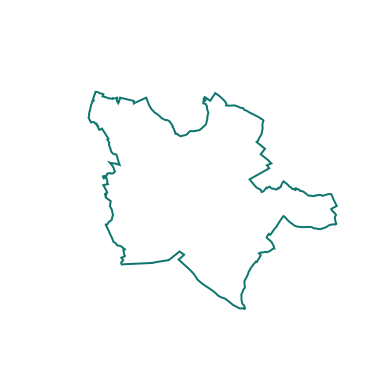 outline of Cehu Silvaniei, Salaj, Romania, rotated 215°
{"feature_id": "2599482B99939259002313", "entity_name": "Cehu Silvaniei", "entity_type": "district", "adm_level": 2, "iso_a3": "ROU", "parent_name": "Romania", "parent_adm1": "Salaj", "projection": "equal_earth", "projection_center": [23.166, 47.411], "detail": "fine", "context": "isolated", "style": "outline", "palette": "teal", "viewbox_px": 384, "rotation_deg": 215, "n_neighbors": 0, "source": "geoboundaries", "source_scale": "gbopen_adm2", "svg_char_len": 6023}
<svg xmlns="http://www.w3.org/2000/svg" viewBox="0 0 384 384"><g transform="rotate(215 192 192)"><path d="M283.6,243.0L289.8,232.5L290.4,231.2L292.0,233.2L301.9,229.3L302.6,229.0L303.0,228.6L305.0,228.1L304.9,227.3L304.2,226.4L304.1,225.7L304.2,225.4L304.1,224.8L303.5,224.0L303.4,223.3L303.6,222.9L303.5,222.5L305.7,223.5L306.0,223.8L307.4,226.3L307.6,226.3L308.0,225.3L308.4,225.0L308.8,224.4L309.5,223.9L310.7,223.5L310.6,222.6L313.7,221.3L314.2,220.8L316.7,220.3L318.1,219.7L318.9,219.6L320.1,219.0L320.6,221.3L321.4,221.2L321.9,221.1L323.2,220.3L324.4,219.9L325.1,220.0L327.2,219.6L327.4,219.3L328.1,219.0L328.4,218.7L328.5,218.5L328.3,217.8L327.7,216.7L327.7,215.7L326.3,211.5L326.0,210.7L325.0,210.7L325.0,210.2L325.8,209.2L325.6,208.9L325.2,208.9L324.8,206.4L324.2,204.5L322.4,200.3L321.9,198.6L320.6,196.1L319.8,195.2L319.6,193.9L319.3,193.5L317.6,192.7L317.0,192.1L316.1,192.0L314.6,191.0L313.2,192.5L312.1,193.1L310.4,192.6L310.2,192.6L309.9,193.1L309.4,193.2L309.3,192.6L309.1,192.5L307.2,192.3L307.1,192.2L307.4,191.8L307.3,191.6L305.9,191.3L305.2,190.6L303.5,189.7L302.1,192.3L291.0,187.7L291.5,186.4L288.1,185.0L287.0,182.9L286.5,182.5L284.9,181.6L283.1,180.3L282.4,179.4L281.0,178.6L278.4,178.1L275.4,179.2L275.2,179.1L272.9,177.5L272.2,176.8L269.0,174.2L266.8,172.7L271.0,171.4L274.7,169.3L276.1,168.9L272.6,167.9L271.0,167.2L269.9,166.7L267.9,165.1L266.8,164.5L266.9,163.3L267.3,162.3L267.9,161.5L268.4,160.9L270.1,160.5L271.1,159.3L271.6,159.1L271.9,158.2L271.5,157.8L271.5,156.7L271.4,156.3L273.2,154.6L273.9,153.7L272.2,152.5L270.6,154.7L267.7,152.5L266.8,150.9L265.4,150.3L268.6,146.7L267.2,146.1L261.2,143.1L261.3,142.1L261.8,141.4L262.1,140.2L261.8,139.9L260.7,140.5L260.2,139.1L259.6,138.0L253.4,137.9L251.2,133.6L250.3,132.9L247.1,131.2L245.5,129.5L243.5,128.0L243.1,126.3L241.8,123.0L242.5,120.7L243.0,119.8L242.8,117.6L242.8,117.1L243.0,116.6L244.0,115.9L243.9,115.7L236.0,111.3L235.2,110.6L231.7,108.8L227.9,106.2L225.4,106.3L222.4,105.4L220.4,106.5L219.3,106.8L214.1,106.5L214.7,105.2L214.9,105.0L213.6,103.9L212.5,102.5L210.2,101.1L210.3,100.5L211.0,99.6L212.2,97.6L211.7,97.3L210.5,97.2L209.7,96.9L209.7,96.7L209.2,96.5L209.2,95.8L209.6,93.8L209.0,92.9L208.0,92.3L204.5,95.2L189.0,107.1L182.9,111.9L182.5,112.7L172.1,122.8L171.6,124.0L168.1,136.1L162.5,136.1L163.5,131.4L164.2,129.0L148.3,126.9L144.2,126.1L142.1,125.4L137.7,123.6L135.2,123.1L130.6,122.8L126.6,122.8L121.9,123.0L119.0,123.0L113.7,122.6L111.3,122.1L108.1,122.4L105.4,123.1L104.5,123.6L103.4,123.6L99.4,123.5L93.7,123.0L86.5,123.9L85.3,124.5L83.2,126.4L82.3,126.2L81.8,126.4L81.8,126.6L82.3,126.9L82.1,127.2L83.9,128.8L84.4,129.0L86.0,129.1L87.6,130.1L90.2,132.7L91.0,134.2L92.7,136.2L92.9,136.7L93.1,138.7L93.9,140.9L93.8,144.0L97.5,148.3L98.1,149.9L98.3,151.4L98.3,152.9L99.1,157.1L99.8,159.1L99.9,161.3L100.2,162.9L100.2,167.3L99.7,171.8L98.7,171.9L99.0,174.2L99.2,178.6L99.4,179.6L101.9,180.2L101.5,180.6L101.3,181.3L99.7,182.9L98.6,183.8L98.0,184.8L97.6,185.1L96.4,185.4L95.7,186.1L94.0,188.9L93.8,190.0L92.8,192.8L92.3,193.0L92.6,193.2L93.4,194.1L94.8,195.0L98.3,196.7L104.8,197.5L105.1,198.9L105.1,201.8L103.3,201.8L103.3,208.3L102.9,212.4L103.1,213.8L103.3,218.4L103.4,223.6L103.2,224.8L101.5,224.7L96.4,223.6L94.1,223.4L88.3,223.3L85.7,224.1L80.8,226.9L80.1,227.6L78.7,228.4L78.0,229.2L76.5,230.1L75.3,231.2L73.6,231.9L71.5,232.2L70.5,232.6L69.2,233.4L68.0,233.8L65.6,235.2L62.8,238.8L61.5,241.1L61.3,241.8L60.5,243.6L60.1,244.0L59.8,244.6L56.2,247.8L55.7,247.8L55.5,248.7L56.7,249.5L59.3,251.8L60.4,253.0L60.5,253.3L60.9,255.9L63.0,256.5L66.1,257.0L68.2,257.8L67.9,258.7L65.4,263.6L72.6,267.5L74.5,268.9L76.9,270.1L79.6,268.0L79.7,267.7L83.1,263.5L84.2,263.6L85.9,262.8L86.1,262.4L86.5,262.1L88.1,260.8L88.3,260.2L88.7,259.8L89.4,259.4L89.4,259.0L90.2,258.1L91.3,257.7L91.9,257.3L93.2,256.9L93.8,256.2L94.8,255.8L95.7,255.8L97.2,256.1L98.3,256.0L99.7,256.2L101.1,256.1L101.4,256.0L103.2,255.6L103.4,255.5L103.7,255.0L104.1,254.9L106.3,255.3L106.8,255.2L107.4,254.5L107.8,254.3L108.9,254.7L109.2,254.5L109.4,254.1L108.8,253.8L108.6,253.0L110.3,252.7L111.6,252.1L112.3,252.1L113.1,252.6L114.6,252.4L116.0,252.4L117.6,252.9L119.4,253.1L121.3,253.1L122.8,253.4L123.1,253.3L123.2,252.7L123.1,250.7L122.5,247.7L122.2,247.4L122.4,246.4L123.0,245.6L122.9,244.8L123.2,244.6L123.6,244.6L123.6,244.3L123.9,244.1L123.8,243.6L124.1,242.9L124.5,242.2L126.7,241.6L129.2,240.5L131.5,240.9L132.6,239.0L132.7,238.3L133.5,238.3L133.8,234.6L133.7,233.6L134.5,232.7L135.0,231.9L137.0,233.2L141.6,232.7L143.4,233.0L152.1,235.4L146.5,247.0L142.4,255.7L145.9,256.9L143.4,260.9L148.6,261.8L157.3,262.3L157.0,269.3L167.8,270.0L167.4,271.9L168.0,275.5L168.2,279.2L169.2,281.5L170.8,284.9L172.2,286.5L173.1,287.8L174.1,290.3L174.3,291.4L174.7,291.7L181.4,291.5L189.8,290.2L193.9,289.9L195.9,289.3L196.7,289.4L198.2,290.0L200.9,288.7L203.1,288.4L206.7,287.4L208.4,286.1L210.1,284.7L213.7,282.4L214.2,283.8L214.6,284.2L217.9,285.4L222.8,286.1L225.8,286.4L229.7,286.3L229.5,285.0L229.6,283.3L229.4,277.2L236.0,277.1L235.9,275.0L233.6,275.0L233.6,274.6L234.1,274.5L234.1,273.8L234.6,273.8L234.7,272.7L233.5,271.1L232.2,271.7L231.5,271.9L228.9,270.8L228.4,269.9L227.1,268.6L224.1,266.3L222.5,262.3L221.5,260.9L220.7,259.0L220.4,257.8L220.0,257.2L219.6,256.0L219.5,254.4L219.9,252.4L220.4,251.2L220.5,249.9L220.7,249.0L221.1,248.3L221.1,247.8L221.4,246.9L222.2,246.0L223.5,245.0L224.3,243.8L224.9,243.5L226.1,242.3L227.8,241.3L228.5,240.7L228.7,240.3L228.7,239.6L229.0,238.7L229.1,236.7L229.5,235.7L231.2,233.5L232.0,232.8L232.8,231.6L233.5,231.1L234.5,230.9L236.0,231.1L236.6,230.8L237.4,231.1L238.0,231.0L238.2,230.9L238.4,230.5L238.9,230.3L239.4,230.4L240.5,231.8L241.4,231.9L242.7,233.1L245.0,234.1L245.0,234.6L248.0,236.0L249.5,236.3L250.5,236.9L251.1,237.0L253.5,236.7L254.0,236.5L254.9,235.8L255.7,235.5L259.5,235.1L262.5,235.7L263.6,235.6L265.4,235.9L268.4,235.6L268.9,235.9L270.0,236.2L271.0,236.2L271.9,236.5L273.0,236.6L274.3,237.4L275.8,237.9L277.9,239.1L282.2,242.1L283.6,243.0Z" fill="none" stroke="#0f766e" stroke-width="2"/></g></svg>